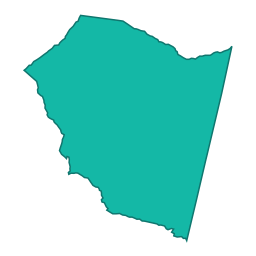 the district of Carnaubeira da Penha, Pernambuco, Brazil
{"feature_id": "56859067B83300695382888", "entity_name": "Carnaubeira da Penha", "entity_type": "district", "adm_level": 2, "iso_a3": "BRA", "parent_name": "Brazil", "parent_adm1": "Pernambuco", "projection": "orthographic", "projection_center": [-38.753, -8.428], "detail": "fine", "context": "isolated", "style": "filled", "palette": "teal", "viewbox_px": 256, "rotation_deg": 0, "n_neighbors": 0, "source": "geoboundaries", "source_scale": "gbopen_adm2", "svg_char_len": 2111}
<svg xmlns="http://www.w3.org/2000/svg" viewBox="0 0 256 256"><path d="M186.7,240.6L196.6,199.2L205.8,159.9L207.1,154.6L221.5,94.1L231.9,46.3L230.1,48.5L227.9,49.9L226.0,50.5L223.9,51.2L221.6,52.4L219.8,52.8L217.4,51.9L215.3,52.3L213.6,53.0L212.0,54.2L210.3,55.3L207.8,55.3L205.1,55.3L202.1,56.2L199.8,56.1L197.5,57.5L195.4,59.1L193.5,58.5L191.3,58.3L189.2,59.3L186.4,59.3L183.3,57.7L180.2,55.7L177.9,54.5L177.1,51.6L175.7,50.7L175.0,48.6L173.0,46.8L170.9,45.7L168.3,44.3L165.6,44.5L162.7,42.6L160.8,41.9L158.9,41.8L157.7,39.6L155.1,38.4L152.3,36.4L150.1,35.9L147.0,34.2L144.6,31.3L140.9,30.7L138.2,29.5L136.3,28.9L134.2,28.7L127.5,24.1L123.0,21.1L117.6,20.3L80.6,15.4L79.2,18.0L78.1,21.2L76.0,22.1L73.2,26.3L69.7,29.6L67.9,32.5L66.6,34.9L65.4,36.4L65.1,38.4L62.7,40.0L61.0,41.6L59.7,43.0L58.7,45.0L56.5,45.2L54.5,45.4L52.2,48.4L48.5,51.0L47.4,52.2L44.4,54.3L39.8,57.8L36.8,59.8L33.7,61.6L32.4,63.5L31.1,65.2L29.2,65.3L26.1,68.7L24.1,70.3L36.7,81.4L37.5,84.4L38.3,87.9L37.5,89.7L37.9,92.9L40.6,95.4L42.5,96.5L43.9,100.2L44.1,102.5L45.2,105.0L45.0,108.1L46.3,110.4L47.7,112.9L47.1,114.8L48.4,117.2L50.3,118.5L53.7,120.1L54.0,121.8L55.5,123.5L57.0,124.7L58.8,127.3L60.7,129.9L61.1,131.9L61.8,133.4L64.2,134.7L63.5,137.2L62.4,139.5L62.2,141.8L61.6,144.0L60.4,147.5L59.5,150.6L61.6,154.3L64.8,156.9L66.5,158.6L67.0,156.5L68.9,157.2L69.3,159.6L69.1,162.5L70.2,166.7L69.9,168.8L70.2,170.9L68.4,172.5L68.8,174.3L71.0,173.2L73.9,173.3L75.8,172.9L77.8,173.1L82.3,175.8L84.4,177.5L87.9,178.0L89.2,179.8L90.7,182.1L93.0,185.4L95.8,187.0L98.1,187.3L99.1,188.7L99.5,190.3L101.1,191.0L101.5,193.0L101.5,195.2L103.0,198.0L101.4,199.7L102.0,202.0L104.4,202.7L105.5,205.1L106.3,206.8L108.0,208.5L106.8,210.2L112.8,213.8L115.9,213.8L119.7,213.5L122.6,215.0L125.8,215.4L127.8,216.5L129.4,217.1L132.1,217.1L135.2,218.4L136.8,219.2L139.7,219.1L142.1,221.0L144.4,221.1L153.8,223.2L156.9,223.9L158.8,225.2L160.9,225.0L164.6,226.0L166.3,228.8L168.0,229.7L171.4,228.5L173.6,229.1L171.6,232.2L174.3,233.7L173.8,235.9L177.2,237.0L181.6,236.6L183.4,238.4L185.6,238.3L186.7,240.6Z" fill="#14b8a6" stroke="#0f766e" stroke-width="1.5"/></svg>